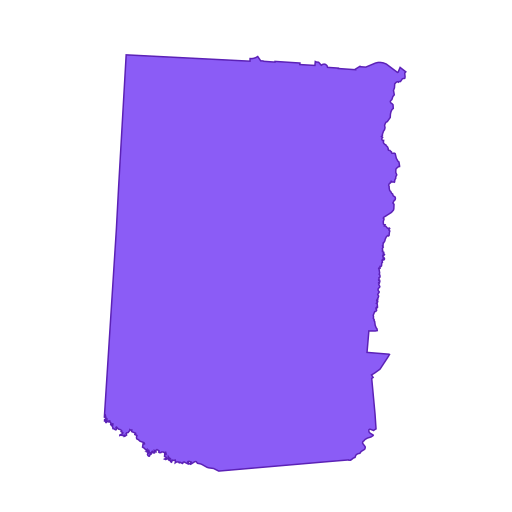 Whitehorse, Victoria, Australia, rotated 85°
{"feature_id": "25037944B93635537501367", "entity_name": "Whitehorse", "entity_type": "district", "adm_level": 2, "iso_a3": "AUS", "parent_name": "Australia", "parent_adm1": "Victoria", "projection": "orthographic", "projection_center": [145.175, -37.829], "detail": "fine", "context": "isolated", "style": "filled", "palette": "violet", "viewbox_px": 512, "rotation_deg": 85, "n_neighbors": 0, "source": "geoboundaries", "source_scale": "gbopen_adm2", "svg_char_len": 6088}
<svg xmlns="http://www.w3.org/2000/svg" viewBox="0 0 512 512"><g transform="rotate(85 256 256)"><path d="M44.3,367.8L174.2,386.7L217.4,392.8L403.9,421.2L402.0,419.9L403.6,419.7L404.5,420.0L404.9,418.8L405.5,418.6L406.8,419.1L405.9,420.3L405.9,421.1L407.2,421.3L407.6,419.9L408.6,420.2L408.9,419.9L407.6,417.7L407.5,416.3L408.6,416.7L408.5,415.9L409.3,415.3L410.0,415.1L411.1,415.5L411.6,415.3L412.0,414.3L410.7,413.7L410.8,413.2L412.1,413.4L412.7,414.3L414.1,413.6L415.5,413.6L415.9,412.4L416.8,411.3L417.0,410.7L416.3,410.1L414.5,410.4L414.2,409.9L416.5,408.0L417.1,406.3L418.2,405.1L418.6,405.0L419.2,405.7L420.2,404.5L420.3,404.1L420.7,404.1L421.4,404.7L422.4,407.2L422.9,407.3L422.6,406.1L423.2,404.8L423.1,402.7L423.4,402.5L424.2,403.0L424.2,402.5L423.1,400.5L421.5,400.9L420.8,400.1L420.9,399.2L420.6,398.6L419.9,398.1L418.8,396.8L418.0,396.8L418.4,396.1L418.5,394.9L419.7,395.2L420.2,395.0L422.0,391.4L422.7,391.4L423.1,392.3L423.3,392.3L424.4,390.3L426.2,390.9L427.5,390.8L428.0,390.5L428.7,389.2L430.4,387.7L432.2,383.8L433.4,383.4L433.6,383.8L433.3,384.9L436.5,385.7L438.0,383.8L439.5,382.8L439.6,382.4L439.2,381.6L440.7,382.0L440.0,380.2L440.3,379.7L441.6,379.5L441.6,381.8L442.9,379.8L443.4,381.1L444.3,381.4L445.4,381.0L446.1,380.2L446.1,379.6L444.8,379.0L444.3,377.9L442.9,378.6L442.8,378.2L443.5,377.5L441.7,376.7L441.5,376.2L441.7,375.9L443.2,375.7L443.3,374.2L442.9,373.9L442.2,374.2L440.9,374.2L442.1,372.7L440.9,372.7L440.2,371.5L441.7,369.5L442.9,370.0L443.5,369.4L443.6,367.9L443.0,367.2L443.2,365.5L443.9,364.5L443.6,363.1L445.5,362.7L445.9,363.0L444.9,363.7L444.8,364.1L447.8,364.6L448.5,363.1L449.1,362.9L449.6,363.1L450.3,364.8L450.9,363.7L450.0,361.3L448.2,360.9L449.2,360.4L450.4,359.0L450.7,359.3L450.6,361.0L451.2,361.0L452.0,360.3L451.7,359.3L453.3,359.0L453.9,358.5L454.1,358.2L453.5,357.7L452.0,357.5L452.5,355.5L452.2,354.3L453.2,354.1L455.0,354.5L454.3,353.3L454.3,351.6L454.6,351.0L455.3,350.6L455.4,350.1L454.8,349.7L456.3,347.3L456.1,347.0L455.3,346.8L454.9,345.6L457.4,341.5L457.3,340.9L457.0,340.7L456.7,341.8L455.9,341.4L455.5,341.9L455.1,341.9L454.8,341.6L454.7,340.5L455.6,338.5L457.5,339.7L457.8,339.3L455.6,335.0L455.5,334.1L455.7,333.4L457.4,332.4L458.2,329.5L458.9,328.1L462.3,323.1L462.9,321.5L464.0,316.7L467.0,311.9L467.1,204.1L467.2,181.6L467.5,181.4L467.7,179.4L467.2,179.1L466.7,177.9L465.8,176.7L465.3,174.9L463.3,174.0L462.5,173.1L461.9,171.9L461.6,169.7L459.9,168.3L458.0,164.6L456.6,163.9L455.4,163.9L451.9,166.1L450.8,166.0L450.1,165.6L449.6,164.7L448.3,163.4L447.1,160.9L446.3,157.2L445.1,155.0L444.7,154.8L444.3,155.2L442.5,157.7L441.4,158.6L440.2,158.9L438.9,158.6L438.5,158.0L438.6,157.1L440.1,154.0L439.6,153.4L438.7,151.5L423.7,151.2L388.0,151.4L387.2,149.9L384.6,151.3L382.7,147.6L379.5,142.3L368.5,133.6L365.7,131.6L365.4,132.1L361.7,153.8L340.5,150.1L341.1,143.8L340.9,141.7L339.1,141.8L338.1,142.5L335.4,143.3L331.5,143.5L330.7,144.0L329.8,143.8L328.1,144.6L327.0,144.2L325.3,144.4L321.7,142.6L321.7,141.6L320.7,140.6L319.6,140.7L319.2,141.1L318.9,140.8L318.1,140.9L317.4,140.2L317.5,139.8L317.9,139.6L317.7,139.4L314.1,139.4L313.8,139.6L313.8,140.0L313.6,140.2L312.7,139.0L311.6,138.6L310.8,138.9L311.5,139.5L310.7,139.7L309.8,139.1L309.5,138.3L308.7,138.5L308.1,137.9L306.6,137.3L305.0,138.1L303.7,137.3L303.2,136.6L302.3,136.4L301.1,137.3L299.8,137.3L298.8,136.8L298.1,135.7L297.1,135.3L295.1,136.2L293.8,135.5L293.4,136.2L293.0,136.0L293.0,135.6L292.5,134.9L290.9,134.9L290.7,135.2L290.8,135.9L290.5,136.0L289.5,135.4L288.3,135.4L287.9,134.4L287.0,134.2L285.7,134.3L284.9,134.9L283.7,134.3L280.1,134.5L279.1,134.9L278.7,134.6L279.0,133.5L277.2,133.4L277.3,132.4L276.7,131.8L273.8,131.3L273.4,130.6L271.2,130.8L270.5,130.3L270.9,129.8L270.5,129.5L271.0,129.1L270.8,128.6L270.0,128.2L269.1,128.5L269.4,129.1L267.8,129.7L267.0,129.0L267.1,129.6L266.8,129.7L265.8,127.9L265.1,128.3L264.9,129.0L264.4,128.5L263.4,128.4L262.9,129.1L262.8,129.6L261.9,129.7L261.6,129.3L259.6,129.5L258.2,128.4L257.8,128.6L257.8,128.9L256.7,129.0L256.5,128.5L254.8,128.3L254.3,127.9L253.9,128.0L253.3,127.1L252.1,126.3L250.7,125.9L248.4,124.6L247.1,123.1L247.6,122.2L247.0,121.6L243.8,121.0L242.8,120.5L241.7,121.3L240.9,121.0L240.4,120.4L239.8,120.7L239.8,121.1L240.2,121.9L239.5,122.8L237.6,124.2L237.2,125.5L236.1,124.8L236.0,125.6L235.3,126.3L232.7,126.2L230.6,125.3L230.0,125.3L229.6,125.8L228.7,125.6L224.3,117.2L222.3,115.1L221.1,114.6L216.5,114.0L215.1,115.0L213.0,113.7L212.6,113.4L212.6,113.0L211.8,112.4L210.9,112.1L209.5,112.2L207.9,114.1L206.1,114.5L205.3,115.5L203.4,116.2L202.5,117.1L200.2,117.4L198.2,117.3L197.0,117.7L195.9,117.2L195.0,115.9L194.5,115.8L194.5,115.3L193.4,114.8L194.2,114.0L194.2,112.6L194.6,111.8L194.3,111.5L192.1,111.0L190.8,110.0L189.3,109.9L187.5,108.7L184.9,109.5L181.8,109.1L180.9,108.4L179.1,105.8L179.4,105.6L179.4,105.2L179.0,105.1L174.8,105.4L174.0,106.3L170.9,107.7L166.2,108.4L165.7,109.0L165.5,111.6L164.8,112.1L164.0,112.0L163.5,112.7L162.5,113.4L162.2,114.7L161.5,115.1L160.7,114.9L158.9,115.4L157.4,116.7L156.5,117.0L156.2,117.8L154.8,119.0L154.0,119.2L152.0,118.8L151.9,119.9L150.6,120.6L149.9,120.4L148.8,119.5L147.9,120.6L147.1,119.7L146.5,119.4L146.0,119.6L144.5,118.9L142.4,117.9L141.5,117.0L139.5,116.3L136.9,116.5L134.8,115.4L134.0,114.7L133.6,113.5L129.7,110.2L126.3,109.7L123.9,108.9L121.9,107.7L121.0,106.4L117.3,106.3L116.1,107.2L115.3,108.3L114.0,108.8L113.1,108.4L112.0,107.0L109.1,105.8L107.5,104.2L103.0,104.6L100.5,103.4L96.6,102.8L95.1,101.1L94.8,100.3L94.7,99.7L95.3,99.0L94.7,98.4L94.8,96.9L92.2,94.7L92.0,93.5L92.1,92.8L91.8,92.2L90.5,91.9L86.7,91.9L85.6,90.7L80.7,96.0L85.4,98.5L85.5,99.0L76.1,109.5L74.7,112.4L74.0,115.2L73.8,117.4L74.2,120.2L77.4,130.2L76.5,135.7L76.1,135.9L78.5,140.7L79.1,140.6L76.4,157.7L76.0,157.6L74.3,168.3L72.5,168.7L71.2,170.0L70.8,171.1L70.8,172.2L71.0,173.2L71.7,174.3L68.6,176.6L68.3,177.2L68.1,178.8L67.4,180.0L71.3,180.7L69.1,195.7L67.6,195.4L63.8,220.1L64.5,220.2L62.7,231.4L62.3,231.9L62.0,234.3L57.4,236.9L58.3,238.8L58.8,240.7L59.0,242.7L58.8,244.7L61.4,245.0L44.3,367.8Z" fill="#8b5cf6" stroke="#5b21b6" stroke-width="1.5"/></g></svg>